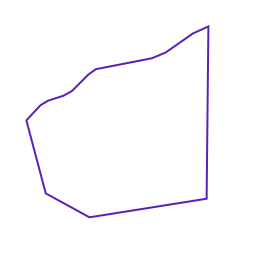 Gaga'ifomauga, Equal Earth projection, rotated 349°
{"feature_id": "WSM-4991", "entity_name": "Gaga'ifomauga", "entity_type": "state/province", "adm_level": 1, "iso_a3": "WSM", "parent_name": "Samoa", "parent_adm1": "", "projection": "equal_earth", "projection_center": [-172.532, -13.55], "detail": "fine", "context": "isolated", "style": "outline", "palette": "violet", "viewbox_px": 256, "rotation_deg": 349, "n_neighbors": 0, "source": "natural_earth", "source_scale": "10m", "svg_char_len": 327}
<svg xmlns="http://www.w3.org/2000/svg" viewBox="0 0 256 256"><g transform="rotate(349 128 128)"><path d="M29.7,101.1L46.7,88.8L54.9,85.9L70.8,84.0L80.0,81.0L99.4,67.9L107.8,64.1L164.6,64.1L179.3,61.1L209.7,47.6L226.3,43.6L191.7,212.4L73.1,208.3L34.8,176.5L29.7,101.1Z" fill="none" stroke="#5b21b6" stroke-width="2"/></g></svg>